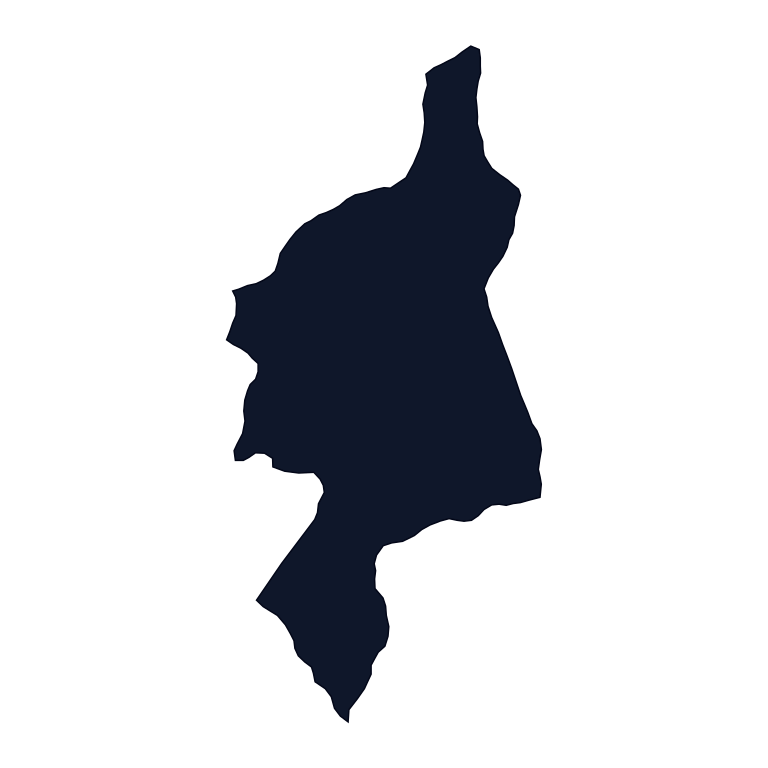 Mirassol, São Paulo, Brazil (orthographic projection)
{"feature_id": "56859067B42503050812047", "entity_name": "Mirassol", "entity_type": "district", "adm_level": 2, "iso_a3": "BRA", "parent_name": "Brazil", "parent_adm1": "São Paulo", "projection": "orthographic", "projection_center": [-49.504, -20.829], "detail": "fine", "context": "isolated", "style": "filled", "palette": "ink", "viewbox_px": 768, "rotation_deg": 0, "n_neighbors": 0, "source": "geoboundaries", "source_scale": "gbopen_adm2", "svg_char_len": 2408}
<svg xmlns="http://www.w3.org/2000/svg" viewBox="0 0 768 768"><path d="M528.8,500.2L540.0,497.3L541.3,484.2L540.0,476.7L538.3,469.4L539.6,460.0L541.4,449.6L540.0,438.7L536.9,430.8L531.9,423.7L527.8,412.4L524.5,404.4L520.7,395.4L511.7,368.6L506.9,355.6L502.6,344.5L498.4,332.6L494.8,324.5L491.7,317.6L488.0,306.2L486.7,297.1L484.0,288.8L488.3,277.9L493.4,269.2L498.5,262.7L502.9,256.3L507.2,247.3L508.9,239.7L512.6,233.2L514.1,225.6L514.5,216.8L518.4,204.6L520.5,195.3L518.4,189.1L513.0,184.8L507.6,180.1L499.6,174.6L491.8,168.4L487.6,161.7L484.1,155.7L483.0,149.3L482.6,141.4L479.6,132.7L477.2,123.8L477.5,116.9L476.9,107.0L475.9,97.6L476.9,89.0L478.2,81.1L480.6,73.1L480.3,66.2L480.3,57.9L479.2,49.6L470.8,46.1L462.0,52.1L455.0,57.6L447.5,61.3L440.8,64.8L434.1,67.8L425.9,74.2L427.6,85.1L425.2,92.9L422.9,104.2L424.2,112.9L424.8,122.5L423.8,132.1L422.1,140.0L420.5,147.1L417.9,153.6L413.6,163.8L410.0,170.4L406.0,177.8L400.0,181.8L390.5,188.2L384.0,187.7L376.3,189.4L365.5,192.8L355.2,194.9L346.9,199.5L339.7,205.7L333.3,209.4L326.2,212.6L318.9,215.1L310.7,220.9L304.9,223.7L296.1,231.8L290.0,239.4L285.3,246.1L280.3,253.4L277.9,263.4L275.2,271.2L270.4,275.8L263.5,280.2L256.2,283.7L247.5,285.6L238.7,289.2L232.7,291.0L235.7,297.1L236.6,303.7L236.0,315.5L232.7,323.1L229.9,331.5L226.6,339.8L233.4,344.5L240.7,348.1L248.0,353.1L252.3,358.2L258.1,363.5L258.1,371.8L255.6,379.2L250.2,384.5L247.6,390.7L244.8,400.1L243.8,411.0L245.0,421.1L242.6,433.6L237.1,444.2L234.1,450.7L235.4,460.4L243.3,460.4L248.9,457.4L255.4,452.8L264.5,453.2L272.6,458.3L272.9,466.9L284.7,471.2L298.7,473.0L313.8,472.3L320.1,479.1L323.3,485.3L324.3,492.5L318.5,503.7L317.5,512.7L314.7,519.6L281.7,563.4L256.5,600.2L263.2,606.6L270.9,611.4L277.4,615.4L285.4,624.8L290.5,633.8L294.0,640.7L294.9,648.3L298.3,655.8L304.8,662.0L311.5,667.0L313.4,673.2L315.1,681.8L325.3,688.7L331.3,696.7L334.5,708.3L340.4,716.1L348.1,721.9L348.9,709.7L357.6,698.4L364.4,688.7L367.5,681.9L371.1,674.2L371.1,665.2L374.6,658.7L378.2,652.2L384.9,646.2L388.0,636.3L388.8,626.6L386.3,615.4L385.6,606.1L383.0,598.0L375.0,588.6L374.6,578.9L375.6,570.6L374.2,563.7L376.5,555.1L383.2,545.7L391.7,542.9L402.6,541.3L414.4,535.5L421.8,529.5L429.9,525.0L440.3,521.0L449.1,518.6L457.2,520.3L464.0,521.2L471.5,520.3L478.2,515.7L484.0,509.5L491.7,504.9L499.1,504.2L506.2,505.3L513.2,503.5L520.3,502.6L528.8,500.2Z" fill="#0f172a" stroke="#020617" stroke-width="1.5"/></svg>